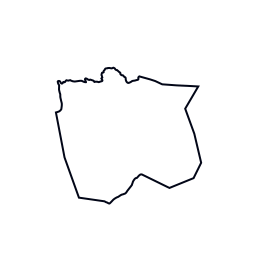 La Union, Lempira, Honduras, rotated 143°
{"feature_id": "27666195B27008229241101", "entity_name": "La Union", "entity_type": "district", "adm_level": 2, "iso_a3": "HND", "parent_name": "Honduras", "parent_adm1": "Lempira", "projection": "natural_earth1", "projection_center": [-88.424, 14.805], "detail": "fine", "context": "isolated", "style": "outline", "palette": "ink", "viewbox_px": 256, "rotation_deg": 143, "n_neighbors": 0, "source": "geoboundaries", "source_scale": "gbopen_adm2", "svg_char_len": 5374}
<svg xmlns="http://www.w3.org/2000/svg" viewBox="0 0 256 256"><g transform="rotate(143 128 128)"><path d="M127.0,185.7L127.0,185.8L127.0,186.1L127.2,186.6L127.3,186.9L127.5,187.1L128.0,187.9L128.7,188.9L128.9,189.2L129.0,189.3L129.4,189.5L129.7,189.5L129.8,189.6L130.1,189.8L130.3,190.1L130.6,190.4L130.8,190.8L130.9,191.1L131.1,191.7L131.2,192.0L131.3,192.2L131.5,192.5L131.7,192.8L131.9,193.0L132.0,193.1L132.3,193.1L132.5,193.1L132.8,193.0L132.9,192.9L133.0,192.8L133.1,192.7L133.3,192.1L133.4,191.6L133.7,190.7L133.8,190.3L133.9,190.0L134.0,189.9L134.2,190.0L134.3,190.1L134.6,190.4L134.8,190.6L135.0,190.8L135.7,191.8L135.9,192.2L136.2,192.8L136.4,193.1L136.5,193.3L136.7,193.6L136.9,193.8L137.1,194.0L137.5,194.3L137.8,194.5L142.1,196.9L142.5,197.1L142.8,197.4L143.1,197.7L143.5,198.0L143.8,198.4L144.1,198.7L144.6,199.5L145.0,200.1L145.1,200.4L145.3,200.8L145.4,201.0L145.5,201.0L146.5,201.5L147.1,201.7L147.8,202.4L148.3,202.9L148.4,203.1L148.5,203.1L148.8,203.2L149.1,203.1L149.4,203.1L149.8,203.0L150.2,202.8L150.3,202.8L150.5,202.7L150.8,202.7L151.0,202.8L151.4,202.9L151.5,203.0L151.6,203.4L151.7,203.5L151.8,203.5L152.2,203.6L152.4,203.6L152.6,203.5L152.7,203.4L153.1,203.2L153.4,203.1L153.6,203.1L153.8,203.2L154.0,203.3L154.3,203.5L154.4,203.8L154.5,204.0L154.5,204.3L154.5,204.6L154.4,204.8L154.3,205.4L154.3,205.8L154.3,206.1L154.3,206.3L154.4,206.5L154.5,206.7L154.6,206.9L154.8,207.1L155.1,207.3L155.3,207.4L155.6,207.5L155.8,207.5L156.1,207.4L156.3,207.2L156.4,206.9L156.8,206.2L156.9,205.8L157.0,205.4L157.2,204.7L157.2,204.2L157.3,203.7L157.4,203.4L158.3,202.3L159.5,200.8L159.7,200.6L159.9,200.3L160.6,198.9L161.0,197.9L161.3,197.3L161.6,196.2L161.9,195.7L162.0,195.4L162.2,195.1L162.4,194.9L162.6,194.6L162.9,194.3L163.0,194.0L163.4,193.5L163.8,192.7L164.3,191.6L164.5,191.1L164.9,190.3L165.4,189.1L165.6,188.6L165.8,188.1L166.1,187.5L166.4,187.0L166.8,186.5L167.1,186.1L168.0,185.1L168.6,184.5L169.4,183.7L169.8,183.3L169.9,183.2L170.1,183.1L170.4,183.0L171.1,182.8L171.8,182.7L172.4,182.7L172.7,182.7L173.0,182.7L174.7,183.2L176.2,183.8L196.4,142.7L209.1,101.9L190.8,83.5L190.6,82.9L190.5,82.6L190.4,82.4L190.2,82.0L189.9,81.6L189.7,81.4L189.6,81.1L189.1,80.1L188.9,79.6L188.6,79.2L188.4,79.0L188.3,78.9L188.2,78.9L187.9,78.8L187.0,78.9L185.7,79.1L184.5,79.3L183.4,79.5L182.7,79.6L182.3,79.6L181.2,79.6L180.0,79.5L179.2,79.4L178.7,79.3L178.2,79.2L177.6,79.0L177.2,78.9L176.7,78.9L175.7,78.8L174.8,78.8L173.9,78.7L173.5,78.6L173.3,78.6L173.0,78.5L172.3,78.2L171.8,78.0L171.4,77.9L170.8,77.7L170.1,77.5L169.8,77.4L169.4,77.4L169.0,77.4L168.5,77.5L168.0,77.6L167.2,77.9L166.4,78.2L164.9,78.6L160.7,79.7L159.4,80.1L159.1,80.2L158.5,80.7L158.0,81.0L156.8,81.8L156.5,82.1L156.2,82.2L155.6,82.5L154.9,82.8L154.1,83.0L153.6,83.2L153.2,83.3L152.9,83.3L152.5,83.3L152.1,83.3L151.9,83.2L151.7,83.2L151.4,83.0L151.2,82.9L150.9,82.8L150.4,82.9L149.8,83.0L149.3,83.1L148.3,83.3L147.9,83.4L147.7,83.4L147.0,83.4L146.5,83.4L146.3,83.4L146.1,83.4L145.8,83.2L145.6,83.1L145.3,82.9L144.9,82.6L131.0,55.2L105.8,48.5L90.5,56.2L78.5,83.5L70.7,109.0L46.9,118.9L54.6,125.4L63.4,132.7L74.4,142.3L78.0,149.1L81.0,153.4L87.9,162.4L88.7,162.4L88.9,162.3L89.1,162.2L89.4,162.0L89.7,161.8L89.8,161.6L89.9,161.4L90.0,161.2L90.1,160.9L90.4,160.7L90.7,160.6L90.9,160.6L91.2,160.6L91.4,160.7L91.6,160.8L92.3,161.1L92.5,161.2L93.9,161.7L94.4,162.0L94.8,162.2L95.5,162.6L95.9,162.8L96.2,162.9L96.5,163.0L97.5,163.0L98.1,163.1L98.9,163.2L99.7,163.4L100.0,163.5L100.3,163.6L100.6,163.8L100.7,164.0L100.9,164.1L101.0,164.3L101.1,164.6L101.2,164.8L101.3,165.1L101.3,165.4L101.3,165.7L101.3,166.1L101.2,166.5L101.0,167.2L100.9,167.5L100.6,168.1L100.2,168.7L99.9,169.2L99.8,169.4L99.7,169.6L99.7,169.8L99.7,170.1L99.8,170.3L99.9,170.6L100.1,170.8L100.2,171.1L100.2,171.4L100.2,171.9L100.3,172.3L100.3,172.7L100.4,173.2L100.5,173.3L100.7,173.5L100.9,173.6L101.3,174.0L101.4,174.3L101.5,174.5L101.6,174.9L101.6,175.2L101.6,175.4L101.6,175.6L101.5,175.9L101.4,176.1L101.1,176.3L101.0,176.6L101.0,176.8L101.0,177.2L101.1,177.4L101.3,177.9L101.5,178.8L101.6,179.5L101.8,180.3L101.8,180.7L101.9,180.8L102.0,180.9L102.2,181.0L102.3,181.1L102.4,181.3L102.5,181.5L102.7,181.9L102.8,182.3L102.8,182.5L102.8,182.8L102.7,183.2L102.7,183.4L102.8,183.7L102.9,184.0L103.0,184.3L103.1,184.5L103.3,184.8L103.5,185.0L103.9,185.1L104.7,185.3L104.9,185.3L105.1,185.4L105.3,185.6L105.7,186.0L105.9,186.2L106.4,186.8L106.8,187.2L107.1,187.4L107.4,187.6L107.7,187.8L107.9,187.9L108.0,188.0L108.3,188.0L108.5,188.1L109.3,188.6L109.9,188.9L110.3,189.0L110.5,189.0L111.3,188.7L112.1,188.3L112.3,188.3L112.6,188.3L112.8,188.3L113.0,188.2L113.5,187.9L113.7,187.7L113.8,187.6L113.9,187.3L114.0,187.3L114.1,187.2L114.3,187.2L114.8,187.4L115.2,187.6L115.4,187.7L115.5,187.7L115.9,187.4L116.4,187.1L117.0,186.6L117.1,186.4L117.2,186.2L117.4,186.0L117.5,185.3L117.7,184.9L118.0,184.2L118.2,183.8L118.3,183.8L118.3,183.7L118.7,183.6L118.9,183.5L119.2,183.5L119.3,183.5L119.3,183.4L119.5,183.0L119.6,182.7L119.6,182.1L119.7,181.8L119.7,181.6L119.8,181.4L120.0,181.2L120.4,181.1L120.6,181.1L121.2,181.3L121.6,181.5L122.1,181.7L122.4,181.8L122.9,181.9L123.2,182.0L123.4,182.1L123.7,182.2L123.8,182.3L124.0,182.5L124.3,182.9L124.5,183.2L124.9,183.6L125.5,184.1L126.0,184.5L126.4,184.7L126.5,184.8L126.8,184.8L127.0,184.9L127.1,185.0L127.1,185.3L127.1,185.5L127.0,185.7Z" fill="none" stroke="#020617" stroke-width="2"/></g></svg>